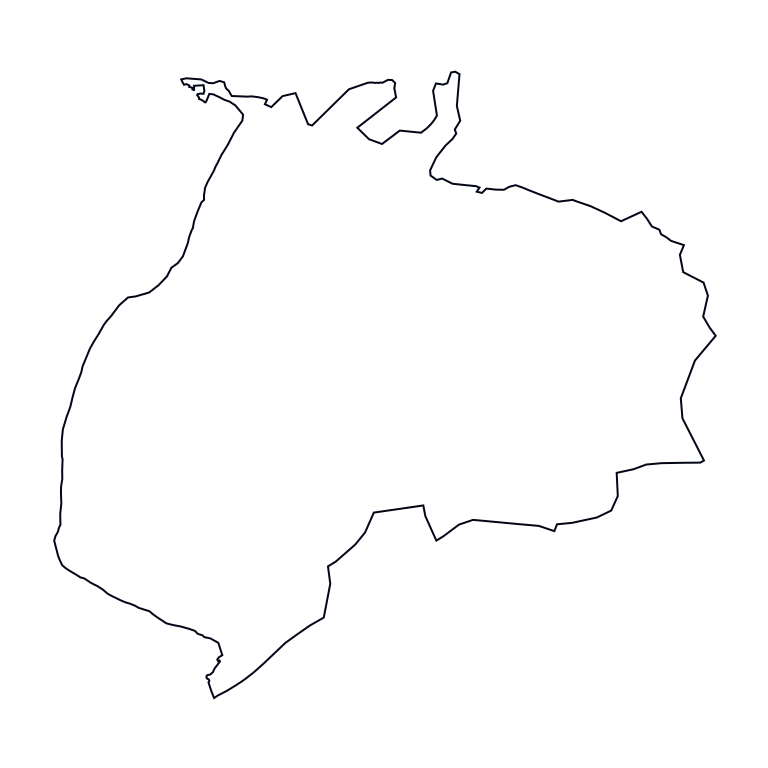 the district of Hong, Adamawa, Nigeria, rotated 269°
{"feature_id": "59680162B84612216171504", "entity_name": "Hong", "entity_type": "district", "adm_level": 2, "iso_a3": "NGA", "parent_name": "Nigeria", "parent_adm1": "Adamawa", "projection": "natural_earth1", "projection_center": [12.969, 10.288], "detail": "fine", "context": "isolated", "style": "outline", "palette": "ink", "viewbox_px": 768, "rotation_deg": 269, "n_neighbors": 0, "source": "geoboundaries", "source_scale": "gbopen_adm2", "svg_char_len": 3843}
<svg xmlns="http://www.w3.org/2000/svg" viewBox="0 0 768 768"><g transform="rotate(269 384 384)"><path d="M695.0,460.6L694.3,456.5L683.7,452.6L682.3,448.4L683.6,441.2L676.3,438.2L651.5,441.6L647.6,439.2L645.1,437.3L642.7,435.2L639.1,431.5L634.6,425.4L637.1,404.2L624.0,386.2L629.0,373.3L640.7,361.8L670.3,401.1L679.5,399.5L684.8,400.4L687.8,397.4L688.0,393.2L685.3,387.9L685.5,385.2L685.0,384.1L685.4,382.3L685.2,379.9L685.7,377.4L685.5,373.1L679.3,354.1L643.7,316.6L645.1,312.6L676.4,300.6L673.6,287.6L662.8,276.1L665.8,269.8L670.2,272.0L670.7,271.1L671.6,269.0L672.3,266.1L673.0,263.0L673.5,259.6L673.9,256.4L673.7,252.4L674.2,243.9L674.6,236.8L676.8,235.5L679.4,234.2L682.4,231.2L685.0,230.3L688.4,229.5L689.9,224.9L687.7,218.4L688.1,213.8L691.7,206.6L693.1,191.7L692.1,186.6L688.5,188.2L686.7,189.3L687.3,191.5L685.9,194.6L684.4,194.4L683.9,196.4L683.5,197.8L682.0,197.6L681.9,198.1L681.2,198.7L681.4,199.3L683.0,199.2L684.6,199.5L685.5,199.3L685.9,208.8L680.0,209.5L677.3,208.6L677.6,205.7L677.2,203.5L677.2,203.0L676.2,202.2L673.5,204.1L672.3,204.0L671.1,206.9L668.8,209.9L668.7,210.5L670.3,211.5L677.1,214.4L676.6,218.3L673.8,224.1L670.9,229.5L669.1,234.4L665.2,240.2L655.8,247.8L649.9,247.0L637.7,238.3L626.1,232.1L621.9,229.4L615.9,225.5L608.4,221.7L608.1,221.6L603.6,219.0L602.0,218.4L601.8,218.3L600.3,217.7L589.1,211.2L583.5,208.6L575.7,207.3L571.2,207.3L568.9,204.7L560.1,200.8L551.3,197.4L549.9,196.9L543.2,195.6L540.9,194.3L534.2,191.7L528.6,190.4L515.2,185.2L508.5,180.0L504.0,173.5L495.3,168.8L486.7,160.3L479.6,150.8L475.9,137.2L475.0,129.6L470.6,124.4L469.5,123.1L467.2,120.5L459.0,114.1L457.1,112.7L451.6,107.6L448.2,105.0L440.4,100.4L439.3,99.8L438.8,99.5L437.0,98.3L431.4,94.6L424.7,90.7L406.8,82.9L401.2,81.6L394.5,79.0L385.5,75.1L376.6,72.5L372.2,71.4L371.8,71.3L366.5,69.9L356.4,66.0L344.1,62.1L332.9,60.8L317.2,60.7L314.6,61.3L302.6,60.7L294.7,60.7L286.9,59.3L281.2,59.1L275.6,59.2L270.1,59.3L259.9,58.0L248.7,58.0L246.5,56.7L242.0,55.4L237.5,52.8L233.1,51.5L217.3,55.3L214.0,56.6L208.4,59.1L205.0,63.0L201.6,68.2L199.3,72.0L195.9,77.2L194.8,81.0L190.3,87.5L186.9,93.9L183.5,99.1L179.0,104.2L176.8,108.1L172.2,117.1L170.0,122.3L168.8,126.2L166.6,131.3L164.3,135.2L160.9,145.5L157.5,149.4L154.1,154.0L152.0,157.2L148.6,162.0L147.5,165.7L146.3,170.7L145.1,176.5L142.8,184.2L140.5,190.6L137.5,193.4L135.8,198.3L134.1,199.8L132.6,206.1L128.1,213.8L115.7,217.6L113.6,214.1L111.4,212.5L109.9,213.2L110.4,214.7L109.5,215.2L102.3,209.5L99.0,208.0L97.0,205.8L96.4,204.7L96.1,202.5L95.2,201.4L93.6,201.6L93.3,201.5L92.9,201.8L92.2,202.4L92.0,203.0L91.5,203.8L91.1,203.9L90.7,204.1L89.9,204.1L88.8,203.3L79.9,206.0L76.5,207.3L74.8,207.9L73.0,208.7L75.5,212.5L80.0,221.6L82.9,226.5L85.3,230.6L89.1,236.6L91.1,239.6L97.9,248.7L106.8,259.0L126.9,280.9L135.9,293.9L143.7,305.5L151.5,319.7L185.2,326.8L202.6,324.8L207.3,332.7L224.0,352.5L235.9,362.5L255.6,371.6L261.9,421.2L251.3,423.0L226.5,433.6L230.9,441.0L242.1,456.5L246.6,470.7L241.4,517.6L239.9,531.9L239.4,536.4L233.9,551.8L240.7,554.5L241.9,569.7L246.8,594.5L253.5,609.0L267.9,615.8L291.1,615.1L294.4,631.9L298.9,644.8L300.0,660.3L300.0,682.2L299.9,695.5L299.9,699.0L301.9,702.6L344.5,681.8L364.5,680.5L402.0,695.3L426.4,716.5L434.5,710.7L445.8,704.3L466.7,709.4L479.8,705.3L490.6,685.1L502.2,683.1L508.0,682.1L517.6,686.3L522.1,673.5L525.9,668.7L528.9,663.6L533.5,662.0L536.8,654.6L544.5,649.9L551.7,644.5L542.6,623.8L551.4,607.7L558.2,593.6L563.8,578.2L564.8,576.0L563.3,561.8L571.9,540.3L575.3,532.1L578.0,525.9L580.5,519.1L579.0,512.7L576.1,507.3L576.4,499.1L577.6,489.8L573.3,485.2L574.7,480.1L578.7,482.9L580.2,479.5L581.3,470.0L583.0,456.1L588.4,445.7L587.1,440.3L591.6,434.2L596.7,433.8L604.5,437.6L610.0,440.4L621.5,449.8L627.8,456.8L633.2,460.6L637.2,459.2L645.9,464.8L660.7,461.7L692.5,464.9L695.0,460.6Z" fill="none" stroke="#020617" stroke-width="2"/></g></svg>